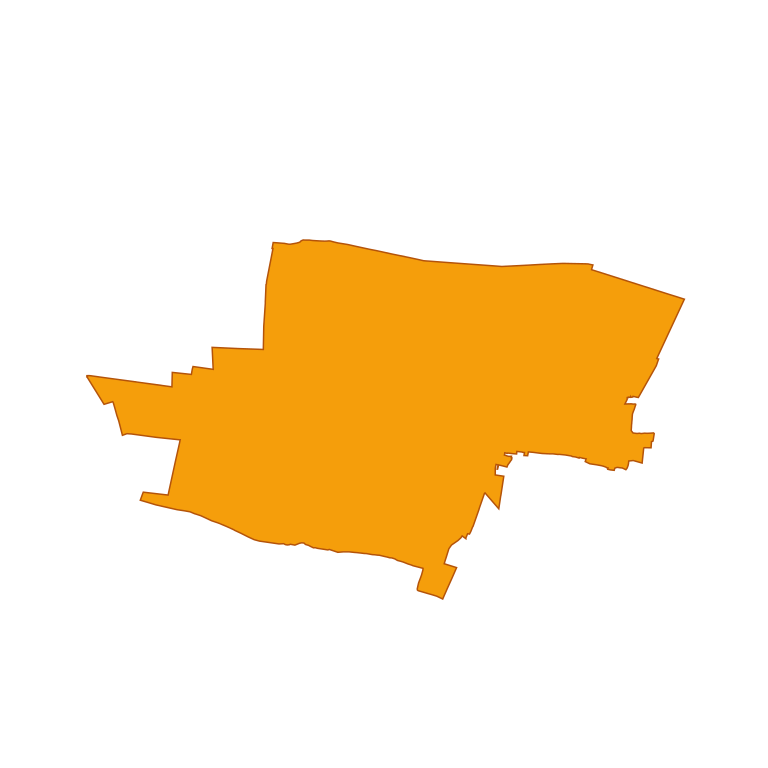 Nicoresti, Galati, Romania, rotated 119°
{"feature_id": "2599482B68541646922619", "entity_name": "Nicoresti", "entity_type": "district", "adm_level": 2, "iso_a3": "ROU", "parent_name": "Romania", "parent_adm1": "Galati", "projection": "orthographic", "projection_center": [27.308, 45.921], "detail": "fine", "context": "isolated", "style": "filled", "palette": "amber", "viewbox_px": 768, "rotation_deg": 119, "n_neighbors": 0, "source": "geoboundaries", "source_scale": "gbopen_adm2", "svg_char_len": 4875}
<svg xmlns="http://www.w3.org/2000/svg" viewBox="0 0 768 768"><g transform="rotate(119 384 384)"><path d="M548.6,334.7L547.7,333.1L547.6,332.8L547.2,332.0L547.0,331.3L546.7,330.8L545.7,328.3L544.8,326.4L542.8,321.6L541.9,319.3L540.8,317.1L538.9,311.5L537.8,309.2L536.9,306.9L536.0,305.0L534.7,300.3L533.8,297.3L533.3,295.0L532.3,292.8L531.7,289.7L531.8,286.7L531.0,283.6L530.4,280.8L529.8,276.0L529.0,272.0L528.9,270.6L526.3,260.5L526.8,260.2L528.2,259.7L532.8,258.6L535.8,258.1L541.3,257.3L547.1,255.6L548.0,254.9L548.2,253.9L546.5,246.3L546.0,244.0L545.2,240.7L544.0,235.0L543.9,233.3L543.6,228.6L543.6,228.4L539.7,228.8L535.0,229.2L533.2,229.4L522.2,230.3L515.6,230.9L509.4,231.5L512.0,244.2L508.9,244.9L505.2,245.6L501.9,246.3L496.6,247.4L492.1,246.9L485.0,243.4L482.5,242.6L481.3,242.2L479.0,242.0L479.6,237.4L478.8,237.8L474.4,238.3L473.8,236.5L472.3,236.5L470.5,236.6L466.1,237.2L465.6,237.1L465.3,237.1L447.7,240.1L446.5,240.4L431.0,243.1L430.3,242.8L437.5,223.1L425.2,227.7L424.7,227.8L406.6,234.5L409.6,242.6L403.6,245.9L400.0,247.0L399.4,245.0L403.6,243.8L403.4,243.4L399.2,244.5L398.1,240.5L397.0,236.2L394.7,236.5L391.7,236.1L390.3,236.0L389.3,235.9L388.4,235.7L386.6,236.3L386.8,237.0L385.4,237.5L386.8,239.8L387.3,241.7L387.3,242.3L387.8,244.2L385.6,245.0L385.0,242.9L384.8,242.4L384.4,242.3L382.5,237.6L380.9,234.1L378.6,235.1L377.2,231.8L376.6,230.3L376.4,229.2L375.8,227.9L378.7,226.9L377.1,223.6L373.4,224.8L371.5,220.5L370.0,216.7L368.1,212.0L366.1,207.9L365.4,206.5L364.5,204.7L363.2,202.4L361.3,197.7L360.6,196.7L358.2,191.1L356.1,185.1L356.2,184.2L355.0,181.2L354.2,177.5L353.7,177.7L353.4,177.3L353.2,176.6L352.6,174.3L351.5,170.9L354.3,170.4L354.0,165.3L351.6,158.9L350.0,154.1L349.6,152.5L349.1,149.6L349.3,148.6L348.8,147.4L350.1,147.0L349.4,144.4L347.9,140.8L346.3,141.2L345.7,141.3L345.0,140.7L344.2,140.0L343.6,139.1L343.1,137.6L341.9,134.8L341.7,130.9L340.4,130.7L340.2,130.6L338.1,130.8L337.7,130.9L337.0,131.0L336.2,131.2L334.8,131.7L332.7,132.6L330.1,128.9L328.0,119.9L314.1,125.8L313.5,125.4L313.1,124.7L312.2,123.0L310.3,119.5L304.7,122.1L303.7,121.1L302.7,121.3L296.4,123.6L296.1,124.5L298.0,127.4L299.6,130.0L300.7,132.3L301.8,133.8L302.7,135.1L303.2,136.7L304.6,138.7L306.1,142.4L304.9,145.2L301.9,146.6L299.9,147.6L298.2,148.3L297.4,148.7L296.5,149.1L294.6,149.9L292.6,150.9L289.9,152.1L288.5,152.4L287.0,152.6L285.8,152.8L285.3,152.8L284.2,153.0L283.2,153.2L281.3,153.6L280.3,153.7L279.7,154.0L279.7,154.5L280.2,155.4L280.8,156.3L281.2,157.5L281.5,158.1L281.6,158.4L281.9,158.9L282.2,159.2L282.5,159.9L282.8,160.4L283.0,160.8L283.6,161.7L284.0,162.4L284.7,163.6L282.7,163.7L280.4,163.8L280.1,163.9L279.8,163.8L277.9,164.7L277.6,164.2L277.5,163.8L277.0,163.9L276.7,163.1L276.5,162.6L276.2,162.4L275.8,162.2L275.7,162.2L276.1,161.9L275.8,161.5L275.7,161.2L275.2,160.7L274.8,160.1L274.1,160.2L273.6,158.7L273.1,156.8L272.5,155.0L236.0,154.7L229.9,155.8L229.0,155.9L229.5,157.8L164.2,162.4L166.0,171.4L167.3,177.6L169.2,187.1L173.8,210.1L183.4,257.9L181.9,258.3L178.6,259.0L179.6,262.1L180.0,263.6L181.3,266.2L186.5,276.0L191.2,284.9L192.4,287.0L197.3,295.0L204.5,306.6L210.4,315.9L215.7,324.4L221.1,333.1L222.4,335.2L224.1,337.9L225.0,339.9L227.8,346.0L231.1,353.1L239.9,372.1L249.2,392.2L254.3,403.3L256.4,407.8L257.0,409.2L258.4,414.0L261.3,423.6L266.2,439.2L271.0,455.2L273.2,462.0L277.1,474.9L279.6,483.4L283.0,492.8L283.5,494.6L284.2,497.1L284.9,500.1L285.5,501.5L286.7,503.3L287.8,505.1L290.3,510.1L293.1,516.0L294.3,519.0L295.9,521.9L296.6,523.2L297.2,524.5L298.2,525.3L299.0,525.9L299.6,526.1L300.7,526.4L301.1,526.7L303.1,528.7L305.3,531.4L307.3,533.9L308.0,535.3L308.3,536.2L309.3,539.3L310.0,540.8L311.5,544.1L313.0,547.4L314.0,549.5L319.7,547.6L319.3,546.8L320.2,546.5L324.8,545.0L351.0,536.5L353.7,535.3L354.2,535.4L370.0,527.5L370.6,527.1L391.9,517.1L412.3,506.3L423.8,528.9L435.3,552.1L437.2,550.9L454.0,540.5L461.3,559.5L463.9,558.9L466.2,558.1L469.0,557.1L476.5,574.8L489.3,568.1L515.9,636.5L516.8,638.9L517.7,641.2L519.0,644.6L519.6,645.9L520.1,646.8L521.1,648.5L520.3,646.9L521.9,647.3L522.1,646.6L537.5,619.0L531.0,612.7L531.7,611.6L532.3,611.0L536.7,606.6L541.2,602.2L543.0,600.2L544.9,598.1L555.7,587.9L552.1,584.8L550.1,580.5L541.1,557.4L531.8,535.5L531.6,535.2L535.5,534.0L552.6,529.0L585.8,519.0L593.8,538.4L595.3,542.1L596.9,541.9L603.8,540.8L602.0,532.8L600.3,524.9L594.3,504.2L591.7,497.2L589.8,491.6L589.3,486.9L588.9,485.1L588.0,480.3L587.2,468.6L585.9,461.5L584.9,452.4L584.3,444.4L584.4,443.9L583.9,436.7L583.6,428.9L583.1,422.1L581.8,416.8L579.4,410.5L574.8,398.3L572.3,394.3L572.3,392.4L571.7,390.6L570.8,389.3L570.4,388.8L569.6,388.3L568.1,383.8L564.3,380.7L562.8,379.0L561.9,376.9L562.4,374.9L561.7,371.7L561.7,370.1L561.5,366.5L561.4,366.1L560.5,364.8L560.0,362.6L556.3,352.6L555.7,352.1L555.2,351.6L553.6,342.8L550.6,338.3L548.6,334.7Z" fill="#f59e0b" stroke="#b45309" stroke-width="1.5"/></g></svg>